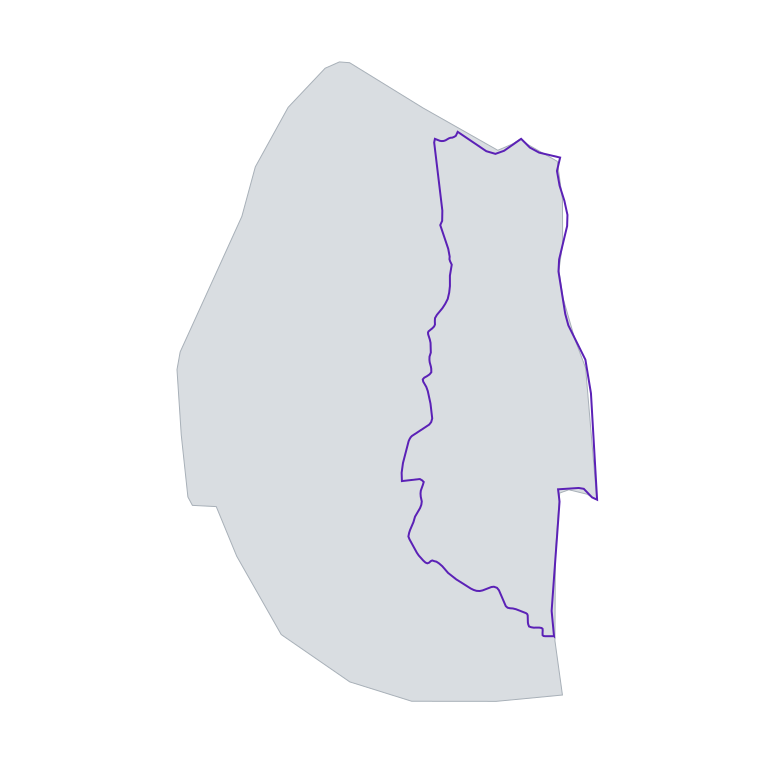 where Lubombo sits in eSwatini, rotated 356°
{"feature_id": "SWZ-535", "entity_name": "Lubombo", "entity_type": "District", "adm_level": 1, "iso_a3": "SWZ", "parent_name": "eSwatini", "parent_adm1": "", "projection": "equal_earth", "projection_center": [31.73, -26.547], "detail": "fine", "context": "in_parent", "style": "outline", "palette": "violet", "viewbox_px": 768, "rotation_deg": 356, "n_neighbors": 0, "source": "natural_earth", "source_scale": "10m", "svg_char_len": 2505}
<svg xmlns="http://www.w3.org/2000/svg" viewBox="0 0 768 768"><g transform="rotate(356 384 384)"><path d="M537.6,148.8L543.8,154.9L572.4,174.0L574.9,212.1L572.1,255.6L566.4,283.0L568.5,310.3L577.6,352.9L586.2,381.9L588.2,514.1L578.6,508.0L561.0,502.4L551.7,505.0L543.2,564.2L536.6,652.1L540.3,706.7L473.8,708.4L389.5,702.4L329.1,678.8L264.0,626.8L225.1,545.6L208.1,494.6L184.4,491.7L180.5,483.0L178.2,420.7L178.5,355.2L182.9,337.8L226.7,257.1L253.9,206.9L270.8,158.4L307.7,101.3L347.3,64.9L362.0,59.6L372.1,61.1L442.1,111.3L513.8,158.8L529.3,153.4L537.6,148.8Z" fill="#d9dde1" stroke="#a8b0b8" stroke-width="1"/><path d="M537.9,149.0L546.0,158.3L554.9,164.0L575.5,170.4L571.4,183.5L573.0,198.4L576.7,213.7L578.8,228.1L577.7,239.2L567.4,271.9L565.9,284.0L569.7,326.8L572.0,338.4L586.6,373.8L589.8,407.7L588.5,514.3L583.6,511.6L576.0,502.5L571.0,501.3L550.3,501.2L550.9,513.6L545.7,550.1L540.8,584.1L535.4,622.0L536.0,647.5L535.9,647.4L527.0,646.8L525.6,646.5L524.7,645.7L524.8,643.3L525.1,641.1L525.1,639.3L524.2,638.4L521.8,637.8L516.3,637.5L513.8,636.9L511.8,636.0L511.1,633.8L510.9,631.9L511.2,624.8L510.8,623.5L509.7,622.5L500.0,617.9L496.9,616.9L494.1,616.5L491.7,615.8L490.0,614.1L484.3,597.8L482.5,595.2L479.5,593.9L477.0,594.0L467.9,596.8L465.0,597.2L461.9,596.8L459.1,595.7L456.3,594.1L442.4,583.9L434.8,577.0L429.4,569.8L426.4,566.8L423.9,564.9L422.0,564.3L419.8,563.4L418.2,564.0L416.5,565.4L414.7,565.9L412.9,565.0L410.8,562.8L406.7,557.5L405.0,554.6L398.6,540.7L397.7,537.8L398.7,534.2L399.8,531.5L403.7,523.9L405.7,518.5L411.3,510.3L412.8,507.1L413.5,503.8L412.8,499.0L412.8,495.8L413.3,492.9L415.8,487.2L416.8,484.5L415.2,482.7L413.0,481.3L395.1,482.1L395.4,473.8L397.4,464.2L404.6,442.7L405.7,440.7L406.9,439.0L408.2,437.8L426.2,427.7L428.4,425.3L429.7,421.7L429.0,406.8L427.2,394.2L426.0,389.9L423.3,384.4L423.0,382.1L424.6,380.5L427.4,379.2L430.1,377.6L432.0,375.6L432.2,372.2L432.0,370.0L431.1,365.5L431.0,363.1L431.3,359.9L432.9,355.9L433.3,346.2L432.8,342.8L431.5,337.5L431.5,335.7L432.1,334.6L436.2,331.7L438.0,330.1L439.0,328.2L439.1,324.7L439.5,321.8L441.6,318.7L447.6,312.4L450.6,308.4L453.5,303.6L455.4,297.4L456.6,290.9L457.3,280.5L459.9,269.7L458.5,266.2L458.0,264.1L458.4,261.5L457.5,253.6L451.2,229.4L453.4,225.3L454.3,215.1L450.9,146.5L451.9,143.0L456.7,145.3L458.5,145.7L460.5,145.7L462.4,145.2L465.8,143.5L467.5,143.0L469.3,143.0L471.4,142.3L473.0,141.4L475.1,137.6L502.3,158.9L511.2,162.2L520.1,159.7L537.9,149.0Z" fill="none" stroke="#5b21b6" stroke-width="2"/></g></svg>